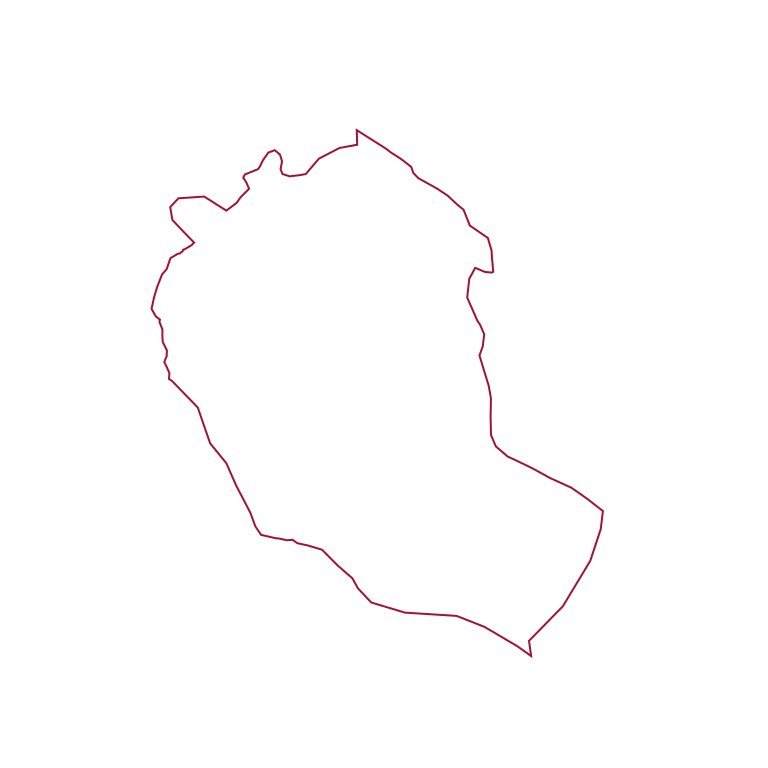 Ibaji, Kogi, Nigeria, rotated 305°
{"feature_id": "59680162B39308677673484", "entity_name": "Ibaji", "entity_type": "district", "adm_level": 2, "iso_a3": "NGA", "parent_name": "Nigeria", "parent_adm1": "Kogi", "projection": "orthographic", "projection_center": [6.796, 6.809], "detail": "fine", "context": "isolated", "style": "outline", "palette": "rose", "viewbox_px": 768, "rotation_deg": 305, "n_neighbors": 0, "source": "geoboundaries", "source_scale": "gbopen_adm2", "svg_char_len": 1858}
<svg xmlns="http://www.w3.org/2000/svg" viewBox="0 0 768 768"><g transform="rotate(305 384 384)"><path d="M264.8,205.0L264.9,208.5L257.9,245.0L245.8,261.6L235.7,275.6L228.7,300.3L215.8,321.5L208.8,335.1L201.8,348.5L193.7,360.1L193.6,360.3L189.9,369.9L193.2,377.9L195.5,383.7L197.4,387.0L200.3,394.1L204.0,398.6L203.9,401.3L203.9,404.4L208.0,414.1L210.4,421.2L212.7,428.3L208.7,450.5L206.7,469.6L201.7,479.7L197.7,498.9L208.7,532.2L216.3,544.7L234.0,573.7L235.7,576.6L242.7,605.8L245.7,644.2L245.5,660.6L256.8,650.1L304.5,658.0L357.4,654.4L389.4,644.8L405.5,636.2L406.0,626.1L406.5,616.5L406.5,596.9L402.2,573.8L400.1,554.4L399.8,552.3L397.4,537.4L395.5,526.8L397.0,511.5L403.6,500.9L417.9,490.4L433.6,479.8L442.7,470.7L454.6,455.4L462.2,445.8L463.3,445.5L471.3,443.4L482.2,437.6L487.5,429.0L489.4,424.2L493.4,417.6L502.5,402.6L519.1,393.5L531.5,392.1L533.7,402.4L537.1,408.4L538.6,409.1L544.4,404.2L544.7,404.0L546.9,402.1L548.2,401.0L548.3,400.9L549.9,399.5L554.9,395.7L563.2,385.3L563.0,363.5L572.4,349.2L573.0,340.8L574.8,328.5L574.5,315.8L572.3,294.1L573.7,286.9L577.4,281.9L577.9,273.8L578.1,268.1L577.6,257.2L577.9,250.5L576.3,216.1L564.6,224.8L551.9,212.2L531.2,201.4L511.1,199.5L506.6,195.0L500.0,187.6L497.8,180.4L500.7,176.0L507.9,172.8L512.2,167.3L512.9,160.4L507.2,156.5L497.8,156.5L492.6,157.3L491.3,157.6L487.8,157.6L475.9,149.9L472.3,150.3L470.1,155.7L466.5,161.5L454.7,159.4L447.8,159.4L435.6,155.4L434.4,129.2L418.2,109.1L406.3,107.4L397.0,116.6L393.8,132.0L390.9,147.4L387.1,146.6L379.9,143.4L378.8,142.4L377.1,142.9L375.7,142.3L373.9,142.0L372.2,140.3L364.6,136.9L359.6,138.3L353.5,140.1L346.6,139.3L333.5,142.5L323.4,145.8L312.2,150.5L308.5,158.3L308.2,163.6L306.2,164.3L301.6,171.2L295.8,175.2L291.6,178.6L286.9,187.0L282.1,190.0L276.0,191.4L273.3,196.3L269.9,201.9L264.8,205.0Z" fill="none" stroke="#9f1239" stroke-width="2"/></g></svg>